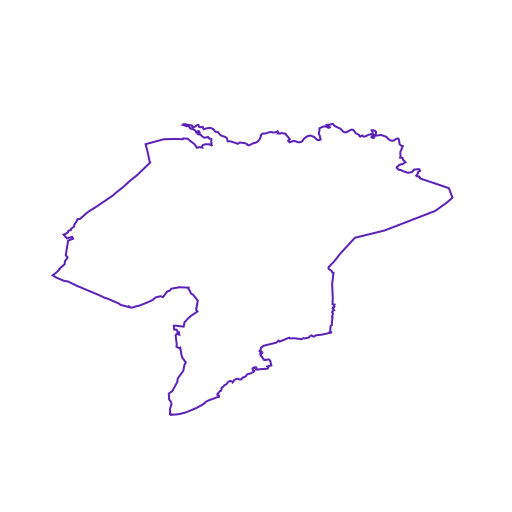 the district of Kombuļu pag., Kraslavas, Latvia, rotated 350°
{"feature_id": "27541924B40746189517992", "entity_name": "Kombuļu pag.", "entity_type": "district", "adm_level": 2, "iso_a3": "LVA", "parent_name": "Latvia", "parent_adm1": "Kraslavas", "projection": "natural_earth1", "projection_center": [27.23, 55.975], "detail": "fine", "context": "isolated", "style": "outline", "palette": "violet", "viewbox_px": 512, "rotation_deg": 350, "n_neighbors": 0, "source": "geoboundaries", "source_scale": "gbopen_adm2", "svg_char_len": 6136}
<svg xmlns="http://www.w3.org/2000/svg" viewBox="0 0 512 512"><g transform="rotate(350 256 256)"><path d="M329.4,286.0L328.4,285.7L328.1,285.1L328.0,284.1L325.5,281.4L325.2,280.1L326.2,279.1L331.9,275.0L340.0,267.8L356.6,255.2L387.0,253.2L440.4,242.7L453.8,236.2L459.6,232.7L458.2,224.9L457.6,222.6L431.0,208.1L430.5,206.9L430.9,206.8L430.5,206.1L428.4,205.5L427.7,204.7L429.7,203.1L429.7,202.2L430.0,201.6L432.4,200.6L431.9,199.0L431.5,198.7L426.6,198.4L424.4,200.3L423.7,200.5L420.0,200.4L416.2,198.4L413.7,196.5L411.6,196.0L409.8,193.6L410.0,192.9L411.5,192.3L412.5,191.4L415.0,190.8L415.6,191.2L419.5,189.6L417.7,187.0L417.3,184.9L414.9,184.1L415.8,182.6L415.8,180.6L416.4,178.2L419.7,173.3L418.1,172.5L416.8,170.8L417.0,166.6L416.8,165.6L416.5,165.1L415.5,164.8L414.0,165.1L412.0,166.2L410.2,166.1L408.4,165.5L407.5,164.8L405.0,161.2L400.7,158.8L400.0,158.5L394.5,158.3L394.5,157.6L395.2,156.5L395.8,154.8L395.2,153.6L394.0,152.9L392.3,152.2L391.6,152.2L391.6,152.4L392.2,153.1L392.3,153.7L392.2,155.6L392.8,156.8L392.5,157.7L393.1,158.3L392.2,159.0L392.9,159.9L392.7,160.1L391.3,159.9L390.4,159.3L390.5,158.5L391.9,157.8L392.1,157.5L391.5,156.6L390.6,156.0L388.4,156.1L383.7,157.3L382.5,157.0L381.8,155.9L381.4,155.8L379.4,156.6L378.9,156.2L378.4,154.6L375.5,152.3L374.2,149.5L373.5,148.6L372.4,148.2L371.5,148.2L366.2,149.9L364.4,149.4L363.2,148.3L361.4,145.4L356.1,141.7L354.7,139.5L354.1,139.1L352.0,139.5L348.2,139.1L348.2,139.6L348.5,140.0L351.0,141.7L351.1,142.1L350.5,142.4L349.4,142.2L347.7,140.9L345.4,140.1L340.7,141.2L340.2,143.7L339.0,146.2L339.7,148.7L339.6,150.7L340.0,151.9L339.7,152.5L338.7,152.9L337.8,152.8L336.7,152.4L336.0,151.8L335.0,150.1L333.7,148.7L330.4,146.8L327.5,147.0L325.1,148.0L323.4,149.0L321.4,151.1L319.2,151.6L317.3,151.4L313.7,149.3L312.3,149.2L309.0,149.9L307.7,148.3L307.9,147.7L309.4,147.1L309.7,146.8L309.1,146.2L308.0,143.8L306.8,142.3L306.7,141.1L306.1,140.7L302.4,139.3L300.8,139.6L299.7,139.4L299.6,139.2L299.1,139.1L299.5,138.8L299.5,138.5L299.0,136.9L297.6,137.5L296.2,137.6L294.2,137.3L293.1,136.7L290.6,136.4L287.2,137.0L283.6,136.6L282.9,136.9L282.0,137.8L281.5,138.5L281.5,139.2L279.6,142.0L277.3,143.8L274.6,144.5L273.4,144.4L267.9,145.8L266.7,145.0L266.6,144.3L265.0,143.1L259.7,141.4L257.7,142.4L251.2,138.8L248.0,138.1L247.9,135.9L247.4,134.3L246.5,133.5L242.5,131.3L241.6,130.2L240.0,127.3L237.6,126.6L237.0,125.8L236.4,124.2L235.9,123.5L233.1,121.8L229.4,121.7L226.6,122.1L226.2,121.5L226.0,119.7L225.2,119.4L223.7,119.6L222.6,119.2L222.3,118.8L222.1,117.0L221.1,116.8L217.6,118.3L215.9,118.4L215.6,118.1L216.0,117.0L215.6,116.3L212.0,115.2L209.5,114.0L208.0,113.6L207.2,113.7L206.6,114.1L207.5,114.4L209.9,116.1L211.5,116.2L212.4,116.7L213.6,119.2L215.6,119.9L218.0,121.8L218.6,123.7L220.7,123.0L221.5,123.2L222.0,124.9L221.3,125.3L220.1,125.0L219.6,125.4L219.9,125.9L222.6,127.0L223.6,128.6L225.2,130.2L226.4,130.7L229.5,130.4L229.8,130.7L229.8,131.6L230.1,132.1L232.3,133.0L232.3,134.0L231.6,135.9L231.9,137.1L231.3,138.1L231.7,139.3L231.3,139.4L229.7,137.9L225.7,137.2L223.3,137.4L222.7,137.8L221.7,138.8L221.6,139.3L222.0,139.6L222.0,140.0L219.1,138.9L216.7,139.2L214.7,134.9L212.6,132.8L208.9,128.5L204.6,127.6L204.2,128.3L197.3,126.8L185.5,125.0L166.7,126.7L167.4,135.8L167.6,144.0L168.0,145.6L153.2,155.6L144.5,160.3L136.9,165.2L128.6,169.6L125.9,171.4L105.1,180.7L104.9,180.6L104.3,181.1L103.0,181.4L97.2,184.0L89.0,189.0L86.6,188.7L85.3,190.7L82.5,193.6L82.0,195.4L78.6,197.1L78.1,198.4L76.2,198.4L75.3,198.9L74.9,200.1L72.7,201.0L70.2,201.5L72.9,205.8L78.2,205.2L78.9,207.2L73.6,208.3L68.8,222.2L70.2,224.6L66.8,228.2L66.2,230.8L60.0,234.6L60.1,235.2L56.0,237.9L52.4,239.7L55.4,242.4L62.3,247.0L66.5,248.5L74.5,254.3L93.5,266.5L100.6,271.5L101.6,271.7L112.6,278.9L114.1,280.6L122.6,284.5L122.6,284.0L123.8,285.1L126.7,285.3L128.9,284.7L132.1,284.7L139.9,283.1L144.9,281.9L147.3,281.0L149.8,279.4L155.0,279.0L157.3,280.3L162.5,275.5L164.9,275.2L167.0,273.5L174.3,273.5L174.4,273.3L184.2,275.5L183.8,276.9L184.4,277.7L185.1,280.0L185.2,280.9L186.1,282.4L187.1,282.9L190.9,289.8L188.4,296.9L188.0,297.0L187.8,298.9L188.7,300.5L181.1,303.9L177.8,306.0L174.1,308.9L172.5,313.0L164.6,310.6L162.9,310.4L162.7,314.3L165.0,314.8L165.8,317.5L166.9,317.7L166.8,320.2L164.4,318.8L163.1,320.2L162.6,329.4L161.9,331.6L164.7,333.6L165.5,333.2L165.4,340.0L165.7,343.1L168.4,348.7L166.7,350.7L164.4,356.5L158.2,362.5L157.2,364.0L156.8,366.2L150.0,374.6L146.9,376.0L146.0,376.9L146.1,378.2L145.5,381.6L145.7,382.7L146.7,384.2L147.1,386.4L146.8,387.8L145.1,390.9L144.6,392.5L144.6,394.1L144.1,395.3L143.8,396.8L145.1,397.2L144.9,397.7L152.5,398.4L159.4,397.9L170.4,395.5L177.8,393.0L180.0,391.9L181.1,390.9L184.9,389.8L191.2,388.8L192.4,388.4L195.1,388.2L195.1,386.7L193.8,385.9L193.8,385.6L194.2,385.1L195.8,383.9L196.5,383.0L198.3,382.5L198.8,381.6L199.1,380.1L199.4,379.8L200.9,379.1L202.6,377.7L204.4,377.3L206.4,375.4L207.9,374.7L209.0,374.6L210.8,375.6L211.0,376.4L212.2,375.5L212.9,374.4L215.3,373.6L216.7,373.7L217.4,374.4L219.8,375.0L221.9,373.4L224.7,372.9L226.6,371.1L227.9,370.8L230.4,370.7L234.0,369.4L234.4,368.9L233.2,367.9L233.0,366.6L233.2,366.0L234.1,365.6L235.3,365.3L236.8,365.7L237.0,366.3L236.1,366.5L235.9,366.7L236.0,367.0L236.8,367.8L237.7,368.2L240.6,368.2L247.7,369.0L248.5,368.2L248.8,367.5L248.1,366.7L252.1,366.4L251.8,361.5L250.7,360.0L247.7,360.1L247.8,359.9L247.5,359.7L246.0,359.7L245.5,359.4L245.6,358.9L244.7,357.5L244.6,356.4L244.0,355.8L243.8,355.1L243.3,354.9L243.5,354.1L244.0,353.7L243.4,353.8L243.1,353.4L243.5,352.6L243.5,351.6L244.9,351.7L245.0,351.4L244.5,350.6L243.3,350.0L243.7,349.7L244.8,348.0L245.0,347.1L246.9,346.4L247.6,345.7L260.5,344.9L263.7,343.3L264.4,344.4L274.4,342.2L274.9,342.9L280.8,344.0L286.3,345.9L288.2,345.1L289.4,345.6L293.7,345.5L295.6,344.2L296.8,343.8L298.6,345.4L301.6,344.5L307.2,344.9L317.6,344.4L315.3,343.6L316.2,342.5L317.2,338.0L318.6,337.3L318.9,336.6L319.2,335.3L319.3,333.9L320.8,329.6L320.2,329.1L321.9,326.0L321.2,324.5L321.8,323.6L323.5,323.0L322.7,321.8L323.9,320.1L322.9,320.2L324.9,317.5L323.0,316.7L324.4,310.1L326.1,296.9L329.4,286.0Z" fill="none" stroke="#5b21b6" stroke-width="2"/></g></svg>